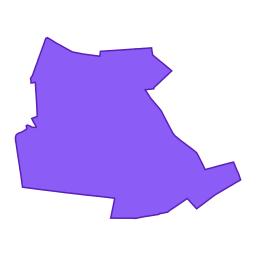 outline of Ciorasti, Vrancea, Romania
{"feature_id": "2599482B91845837840053", "entity_name": "Ciorasti", "entity_type": "district", "adm_level": 2, "iso_a3": "ROU", "parent_name": "Romania", "parent_adm1": "Vrancea", "projection": "robinson", "projection_center": [27.335, 45.426], "detail": "fine", "context": "isolated", "style": "filled", "palette": "violet", "viewbox_px": 256, "rotation_deg": 0, "n_neighbors": 0, "source": "geoboundaries", "source_scale": "gbopen_adm2", "svg_char_len": 3980}
<svg xmlns="http://www.w3.org/2000/svg" viewBox="0 0 256 256"><path d="M100.4,51.3L100.3,51.9L100.1,53.8L99.8,56.2L91.9,55.2L82.2,53.9L80.6,53.5L76.4,52.7L75.8,52.6L75.2,52.5L73.5,52.1L72.4,51.9L72.2,51.8L71.7,51.5L70.9,51.2L70.6,51.0L69.9,50.6L69.5,50.4L69.0,50.1L68.6,49.9L68.4,49.8L68.2,49.7L68.0,49.4L67.8,49.4L67.6,49.3L67.3,49.2L67.1,49.1L66.8,49.0L66.4,48.7L66.0,48.5L65.5,48.1L64.9,47.8L64.2,47.4L63.5,47.1L62.2,46.3L61.5,45.9L61.1,45.7L60.5,45.4L59.9,45.0L59.3,44.7L58.4,44.2L57.7,43.9L57.3,43.7L52.5,40.7L50.4,39.4L48.2,38.1L47.8,37.9L47.4,37.6L47.1,37.8L46.5,38.1L45.8,38.3L45.4,39.4L44.6,41.6L44.0,43.4L43.5,44.9L42.9,46.4L42.4,47.8L41.6,50.1L40.8,52.3L39.9,54.8L39.1,57.1L38.5,58.6L38.0,60.0L37.4,61.8L36.5,64.4L35.7,66.3L34.8,68.9L34.5,69.9L34.0,71.1L33.1,73.7L32.6,75.1L32.3,75.7L31.0,77.7L30.5,78.7L30.5,78.9L30.7,79.6L30.9,80.2L31.0,80.7L31.0,81.3L31.0,82.1L30.9,82.9L32.3,82.9L32.5,82.9L34.2,82.5L35.1,82.3L35.3,82.4L35.3,82.5L35.4,83.0L35.7,89.4L35.8,90.7L36.2,95.9L36.4,99.3L36.5,101.2L36.8,105.9L36.8,106.1L36.9,109.7L37.0,111.4L37.2,116.0L37.2,116.3L37.1,116.5L34.9,117.3L34.3,117.5L33.7,117.7L33.4,117.8L32.2,118.3L31.7,118.5L33.7,122.5L36.1,126.5L36.1,127.3L35.2,127.4L33.8,127.3L33.2,127.3L32.7,127.3L32.3,127.2L31.9,127.1L31.4,126.8L30.5,126.3L30.0,126.0L29.6,125.9L29.4,125.9L28.6,125.5L27.7,125.3L27.4,125.1L27.2,125.1L26.9,125.3L26.5,125.6L26.2,125.9L26.2,126.3L26.3,126.6L26.5,127.1L26.7,127.8L26.8,128.2L26.8,128.5L26.6,128.8L26.2,129.4L25.7,129.7L25.0,130.1L24.6,130.3L23.4,131.1L22.6,131.6L21.9,131.9L21.0,132.3L20.2,132.6L18.8,133.1L18.1,133.4L16.5,134.6L16.0,135.3L15.8,136.0L15.4,137.7L15.5,139.2L15.6,140.9L16.1,143.3L17.3,151.7L20.8,174.6L22.5,187.2L41.0,189.6L55.1,191.3L65.7,192.7L67.3,192.8L68.2,192.9L85.9,195.0L101.2,196.6L111.9,197.9L113.2,198.1L114.4,198.2L114.6,198.2L114.7,198.3L114.4,200.0L114.0,202.0L113.0,206.9L112.7,208.4L111.2,215.7L111.0,216.6L110.8,217.5L110.8,217.8L110.7,218.1L110.8,218.1L111.3,218.1L111.8,218.1L113.4,218.1L117.4,218.2L122.6,218.2L132.0,218.2L135.6,218.4L136.6,218.2L141.5,217.2L145.2,216.5L148.1,216.1L158.0,214.5L158.9,214.4L159.3,213.6L159.6,213.5L159.9,213.5L160.9,213.5L165.5,212.6L167.6,212.1L167.9,212.0L168.2,211.7L171.0,209.4L171.5,209.3L187.3,198.5L189.0,200.4L196.6,208.8L214.9,195.0L217.2,193.6L223.9,189.7L226.9,187.9L232.6,184.6L235.3,182.9L240.6,179.9L240.5,179.4L240.3,178.9L239.3,176.1L238.8,174.4L238.7,174.2L237.4,171.3L235.4,166.6L234.4,164.0L234.0,163.1L233.6,162.1L232.1,162.4L230.9,162.7L229.8,163.0L225.5,164.1L220.9,165.3L219.0,165.8L212.2,167.7L209.5,168.4L206.5,169.2L205.1,169.6L204.9,169.2L204.5,168.2L203.0,165.1L202.0,163.1L201.4,161.9L201.2,161.6L200.8,160.8L199.8,158.8L197.9,155.0L197.5,154.3L197.0,153.3L196.3,152.4L195.3,151.6L193.3,150.0L191.2,148.3L189.5,147.1L185.5,144.1L179.8,139.8L178.7,138.8L178.4,138.6L177.8,138.1L175.8,136.5L175.3,136.1L173.6,134.2L172.6,132.6L171.7,130.9L170.4,128.6L169.4,126.6L168.9,125.7L168.0,124.0L166.9,121.8L165.8,119.8L165.0,118.2L164.7,117.7L161.7,111.8L161.0,110.5L160.5,109.9L159.8,109.0L154.3,102.5L152.6,100.4L152.1,99.9L151.8,99.6L151.5,99.3L151.0,98.5L150.6,98.1L150.2,97.6L148.7,95.1L146.6,91.9L146.2,91.3L145.8,90.6L145.2,90.0L145.1,89.8L145.1,89.7L145.9,89.6L146.2,89.6L149.2,89.3L151.1,89.1L153.0,88.9L153.8,88.8L153.9,88.4L154.0,87.6L154.5,87.1L155.0,86.5L156.4,85.3L156.8,84.9L157.1,84.7L158.0,83.8L159.1,82.8L160.4,81.6L161.4,80.6L162.1,79.9L163.0,79.1L163.6,78.6L164.4,77.8L165.5,76.7L167.6,74.8L170.4,72.1L171.7,71.0L171.8,70.9L171.7,70.7L171.1,70.3L170.2,69.5L161.3,62.1L161.1,62.0L160.1,61.2L159.6,60.7L158.4,59.7L157.8,59.3L155.9,57.7L154.5,56.5L153.3,55.5L152.7,54.9L152.1,51.7L152.0,51.2L151.8,49.7L151.6,47.9L150.6,47.9L148.5,48.1L145.7,48.3L142.2,48.5L140.0,48.7L138.3,48.8L135.4,48.9L132.3,49.2L129.0,49.4L125.2,49.7L122.3,49.9L113.1,50.5L110.4,50.7L110.1,50.7L109.9,50.6L109.1,50.7L108.0,50.8L107.8,50.8L107.0,50.9L105.3,51.0L100.6,51.3L100.4,51.3Z" fill="#8b5cf6" stroke="#5b21b6" stroke-width="1.5"/></svg>